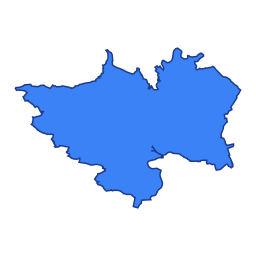 outline of Aiud, Alba, Romania
{"feature_id": "2599482B674041573443", "entity_name": "Aiud", "entity_type": "district", "adm_level": 2, "iso_a3": "ROU", "parent_name": "Romania", "parent_adm1": "Alba", "projection": "natural_earth1", "projection_center": [23.671, 46.302], "detail": "fine", "context": "isolated", "style": "filled", "palette": "blue", "viewbox_px": 256, "rotation_deg": 0, "n_neighbors": 0, "source": "geoboundaries", "source_scale": "gbopen_adm2", "svg_char_len": 5752}
<svg xmlns="http://www.w3.org/2000/svg" viewBox="0 0 256 256"><path d="M150.8,199.7L150.3,198.7L150.7,197.1L151.7,196.1L154.0,195.7L155.8,194.8L158.1,190.1L161.4,187.4L162.4,184.6L162.4,182.5L160.5,177.4L159.9,174.9L161.0,170.3L156.8,168.3L152.2,168.8L150.0,167.8L148.3,165.9L147.5,163.5L147.9,161.9L149.4,160.9L155.3,159.5L158.0,157.9L160.0,157.7L163.0,157.8L163.1,156.6L161.7,156.3L162.4,155.3L161.0,154.8L158.7,153.6L155.9,151.8L155.6,151.5L155.7,151.0L155.3,150.6L153.6,151.0L151.2,150.7L153.6,151.0L155.3,150.6L152.6,147.0L152.3,147.0L152.4,146.6L155.7,150.9L155.9,151.6L158.7,153.5L162.5,155.3L162.7,155.0L163.9,155.0L165.8,154.5L167.6,152.7L169.0,152.2L170.6,152.1L171.7,152.5L172.8,153.3L179.0,153.8L184.0,156.9L183.9,157.2L187.4,158.6L187.3,158.9L187.6,159.2L190.3,160.6L190.1,161.1L194.6,161.3L197.7,161.0L198.1,161.1L198.0,161.5L199.1,161.5L200.3,161.4L200.5,160.7L202.1,160.3L206.8,160.3L206.5,162.7L207.2,164.0L210.0,163.4L212.0,164.6L213.4,164.2L214.2,164.4L215.0,165.6L215.6,168.7L216.4,170.1L218.0,169.6L218.2,169.8L220.5,169.4L225.9,164.6L227.0,164.0L228.1,165.3L228.5,166.2L229.8,166.6L231.2,167.8L231.5,167.8L232.3,166.8L232.9,166.6L232.3,164.5L232.8,164.4L231.9,162.0L231.7,162.1L230.5,158.6L228.7,155.7L229.7,155.2L227.5,148.5L233.2,146.4L233.6,145.2L233.5,144.0L226.7,145.4L225.2,142.7L225.2,141.8L223.9,138.7L223.6,138.4L220.8,137.4L221.4,136.8L221.0,134.5L223.1,129.0L223.6,125.9L226.2,122.6L227.2,122.1L226.6,118.2L224.9,118.5L224.4,114.4L225.8,113.9L227.2,114.2L228.4,112.3L228.9,110.9L229.9,110.7L231.9,109.6L230.8,106.7L232.8,104.3L236.1,99.1L236.9,97.7L236.6,96.7L237.2,95.4L238.5,94.0L240.6,90.0L238.2,88.2L237.5,86.5L236.7,85.8L234.6,84.6L232.9,82.8L230.9,81.2L230.4,80.1L230.0,79.6L226.4,77.2L224.0,76.9L222.5,76.3L216.0,69.7L214.1,67.3L212.8,66.4L210.9,67.5L209.3,67.5L206.8,68.2L205.6,67.9L204.9,68.4L201.2,69.0L199.5,68.4L197.9,69.5L196.3,69.6L195.8,67.9L196.5,66.5L196.3,65.5L194.8,63.7L194.7,61.6L196.8,61.6L197.8,61.2L200.2,58.4L203.5,56.2L203.5,54.8L201.0,53.1L198.8,54.2L196.2,56.8L195.2,56.6L192.2,57.0L190.2,56.7L189.4,56.0L187.7,55.6L187.8,57.9L186.5,58.9L183.9,58.8L181.1,57.2L180.8,54.9L181.7,52.6L181.6,51.1L177.7,48.2L175.8,48.7L174.1,50.4L173.3,52.6L172.9,56.6L171.8,60.5L169.2,62.4L167.1,62.6L163.5,60.4L162.4,60.6L161.5,63.5L163.5,67.4L163.7,68.8L163.2,70.0L161.5,68.3L160.0,66.1L158.6,67.4L157.1,65.9L155.2,67.1L155.6,67.3L155.4,67.7L156.8,69.1L155.4,70.5L155.5,70.9L158.7,73.6L158.0,74.1L157.7,75.4L159.0,77.7L158.1,78.1L160.5,81.5L159.3,80.9L158.3,79.4L157.7,79.6L157.7,80.4L158.2,81.1L158.0,82.7L156.6,84.1L156.3,85.3L157.0,87.5L158.0,88.7L157.9,89.5L154.5,89.9L153.3,89.1L151.4,85.8L149.5,86.8L150.3,87.6L150.8,87.7L149.1,89.0L148.3,88.1L149.4,86.5L149.3,84.0L148.3,83.8L147.8,83.3L146.4,79.8L145.7,79.3L143.4,78.9L142.4,76.0L142.0,76.0L141.7,74.5L141.1,74.5L140.5,72.7L139.3,71.2L139.3,69.0L138.9,68.5L137.8,68.1L136.9,68.3L136.8,70.7L136.5,71.2L135.3,71.8L134.1,73.4L132.3,74.0L127.1,72.1L122.7,69.8L118.9,68.2L117.7,68.0L113.8,66.0L112.4,64.7L112.5,64.0L112.1,61.2L112.8,60.9L112.1,54.5L111.1,52.7L109.3,51.7L107.4,49.8L106.0,50.3L107.9,53.2L108.1,58.0L107.8,59.4L106.4,61.2L106.0,62.2L106.3,62.8L105.3,64.2L103.8,65.3L102.8,65.1L103.4,67.8L102.8,68.4L103.1,69.2L103.0,71.5L103.4,71.8L103.0,72.0L103.1,73.0L102.6,73.5L101.8,73.3L101.1,74.5L100.7,76.5L99.9,76.1L98.7,76.7L99.2,77.0L99.4,77.9L98.1,77.8L95.8,79.6L95.6,80.5L95.8,81.0L93.3,81.2L91.7,81.6L90.8,82.3L84.4,83.3L81.1,84.3L79.7,84.4L78.3,85.5L77.0,85.9L75.3,86.0L75.4,86.3L75.2,86.6L72.9,88.1L71.2,87.9L71.0,88.3L69.3,87.3L62.2,85.9L61.1,86.5L56.5,86.8L55.3,85.9L54.3,86.1L53.9,85.9L52.9,85.0L50.2,88.4L45.7,86.6L43.9,85.2L40.8,85.4L38.2,86.6L36.9,86.6L32.0,86.1L31.5,86.0L30.8,84.5L28.9,84.5L24.5,84.9L22.9,86.1L19.7,87.3L15.9,87.6L15.4,88.6L16.6,90.3L17.6,90.1L20.9,90.2L24.7,90.8L27.2,92.7L25.8,94.0L24.3,96.0L23.1,96.8L25.2,101.0L26.2,100.9L26.9,100.3L28.0,100.5L27.9,101.1L28.2,101.4L29.2,101.7L32.1,104.1L32.7,104.2L35.2,107.4L36.8,106.3L38.2,107.3L40.7,112.0L42.2,111.4L43.4,111.6L42.8,112.6L41.5,113.4L41.4,113.9L41.8,114.6L41.1,115.3L39.2,116.2L36.5,116.6L34.9,117.4L32.7,117.1L33.1,118.4L33.0,120.6L32.5,122.0L32.7,122.9L31.3,124.4L33.8,126.0L33.8,126.5L35.6,127.6L37.0,129.3L37.6,129.4L37.6,130.0L39.0,130.7L39.7,131.5L40.8,131.6L41.3,132.3L42.4,132.5L43.4,133.2L44.6,133.0L45.1,133.6L46.3,133.8L47.1,134.4L47.8,134.1L49.5,134.4L51.5,134.2L53.3,134.6L53.1,137.0L52.3,137.9L51.4,139.4L51.5,139.7L53.0,140.3L52.8,141.1L53.8,141.4L53.4,142.0L54.4,142.5L54.4,143.0L54.0,142.9L53.9,143.3L54.5,144.3L54.7,144.1L55.7,145.8L54.6,146.4L55.3,147.2L58.2,147.0L59.1,146.6L59.7,145.6L61.3,146.0L62.7,145.7L64.7,146.5L67.9,146.9L68.9,147.4L69.2,148.0L68.1,149.0L67.9,149.6L68.3,150.8L67.7,151.1L67.7,151.4L67.1,152.0L66.6,151.8L66.6,152.3L67.8,153.4L69.6,154.2L69.5,155.1L68.0,156.0L69.5,156.5L71.4,158.1L73.5,158.9L76.6,159.2L78.2,158.9L79.7,158.2L79.9,159.4L79.0,162.3L85.8,163.3L89.1,164.3L90.0,164.9L92.7,165.0L95.3,164.4L96.8,164.4L100.5,165.0L102.0,166.0L102.1,166.4L101.9,166.6L102.8,166.3L103.2,166.5L102.7,167.3L103.0,167.8L102.8,168.3L103.6,168.3L103.8,168.7L105.3,168.9L105.4,169.2L104.6,169.7L104.5,170.2L105.1,170.9L102.5,172.0L101.8,172.7L99.2,173.6L97.9,173.6L97.5,175.5L96.6,176.2L94.6,179.1L95.2,179.5L95.6,180.4L96.0,180.5L97.1,181.5L98.3,181.8L97.0,182.4L97.0,183.2L97.9,184.2L98.0,184.7L100.1,185.0L102.5,186.3L103.3,187.2L104.2,189.1L106.5,191.1L108.2,190.5L108.5,190.7L111.1,190.3L111.3,189.9L111.8,190.2L111.9,190.5L112.7,190.8L114.6,190.1L115.4,190.4L117.2,190.3L119.9,190.8L123.1,192.9L123.5,193.7L124.4,193.6L126.7,194.4L130.9,194.4L134.3,197.4L135.1,197.5L133.3,206.5L137.8,207.8L139.4,204.8L141.3,203.3L141.4,201.0L141.6,201.0L141.9,200.2L150.8,199.7Z" fill="#3b82f6" stroke="#1e3a8a" stroke-width="1.5"/></svg>